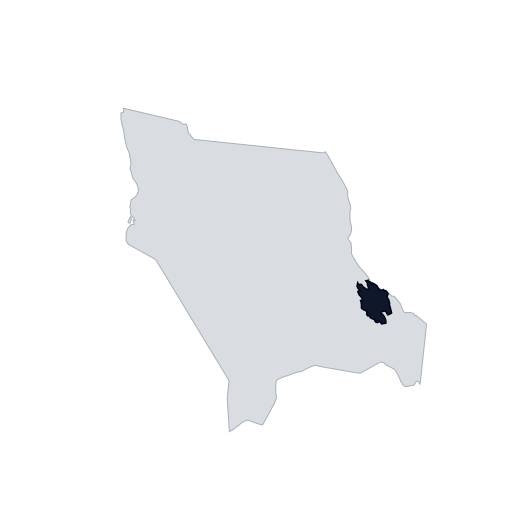 Loima, Rift Valley, Kenya (highlighted), rotated 149°
{"feature_id": "3690345B72596484741491", "entity_name": "Loima", "entity_type": "district", "adm_level": 2, "iso_a3": "KEN", "parent_name": "Kenya", "parent_adm1": "Rift Valley", "projection": "equal_earth", "projection_center": [35.181, 3.01], "detail": "fine", "context": "in_parent", "style": "filled", "palette": "ink", "viewbox_px": 512, "rotation_deg": 149, "n_neighbors": 0, "source": "geoboundaries", "source_scale": "gbopen_adm2", "svg_char_len": 7820}
<svg xmlns="http://www.w3.org/2000/svg" viewBox="0 0 512 512"><g transform="rotate(149 256 256)"><path d="M142.8,309.6L142.7,303.1L143.4,286.5L143.3,271.9L143.9,264.6L146.6,260.0L147.8,256.6L148.7,251.9L150.1,248.1L153.3,245.0L153.9,243.3L157.2,238.1L159.2,231.4L160.8,229.1L162.7,227.0L164.0,225.9L166.2,224.8L167.9,224.2L168.2,223.6L168.4,222.6L167.8,218.4L168.5,217.1L169.7,214.3L171.1,211.7L172.3,210.1L173.0,208.4L173.3,205.5L173.3,203.4L173.3,200.0L172.9,192.4L171.5,185.9L170.6,178.8L171.3,176.4L170.2,172.2L169.6,172.0L168.7,171.0L167.5,167.1L166.6,163.4L166.1,162.5L162.3,159.4L160.4,151.9L158.3,150.2L157.1,142.8L156.9,140.7L158.1,133.3L158.0,131.6L156.7,130.1L153.2,128.5L150.3,125.4L150.6,124.3L150.9,123.2L149.3,122.5L144.9,109.8L150.6,102.2L156.4,94.5L163.8,84.8L170.5,75.9L176.4,68.1L181.6,61.3L181.4,62.6L181.5,64.3L182.1,65.4L183.2,66.1L184.7,65.3L186.0,64.3L187.3,64.0L195.1,66.9L196.4,69.4L196.3,72.1L196.7,74.1L196.1,76.0L195.4,81.9L195.6,87.4L197.9,91.4L200.1,94.6L201.7,99.0L203.0,100.4L204.7,101.1L210.0,101.3L218.0,101.5L225.7,101.8L226.4,101.9L228.0,102.5L235.1,108.5L241.6,114.0L247.0,118.8L252.4,123.4L257.5,127.9L261.5,131.7L265.5,132.8L271.9,133.4L276.4,133.5L280.5,135.1L286.6,136.6L291.1,137.3L293.9,138.2L301.5,139.1L302.8,138.6L306.1,134.4L309.9,127.7L311.4,123.9L316.2,120.2L324.8,115.1L330.8,111.5L337.5,107.8L340.6,111.0L344.8,116.1L346.7,118.6L348.2,119.7L350.5,120.4L353.3,120.4L354.8,120.3L357.9,119.7L365.1,119.1L369.3,119.1L365.8,125.8L361.7,133.9L354.0,148.8L348.1,156.6L343.7,162.5L343.3,163.6L343.3,170.2L343.4,186.3L343.5,218.5L343.6,250.8L343.7,283.0L343.8,299.2L343.8,304.6L347.7,311.4L351.5,318.0L356.5,326.7L359.2,331.4L359.6,333.0L359.5,336.1L355.3,342.7L351.9,345.7L347.4,347.1L346.0,346.9L344.2,345.9L343.5,347.5L343.0,349.9L342.0,349.4L341.2,348.7L341.7,353.1L342.1,355.2L341.4,358.1L339.2,360.7L339.0,362.8L334.2,368.4L327.4,369.1L323.8,371.9L322.2,374.1L321.0,379.1L321.4,386.8L319.5,392.7L319.2,395.6L315.6,399.5L314.1,403.0L312.9,406.5L311.9,408.1L310.7,416.1L309.1,421.0L308.6,422.6L308.2,424.0L306.9,426.9L306.1,428.8L305.5,430.1L301.4,442.6L298.1,448.2L295.6,447.5L293.9,449.7L293.7,450.7L292.8,450.2L290.7,448.1L286.3,443.9L282.0,439.7L277.6,435.4L273.3,431.2L268.9,427.0L264.6,422.8L260.2,418.5L255.9,414.3L253.3,411.8L252.2,410.4L251.3,407.5L250.9,406.7L249.7,405.8L248.4,405.6L248.0,405.1L248.0,403.7L248.5,401.6L250.1,397.8L250.3,395.5L249.9,392.9L249.4,388.7L249.0,387.8L246.1,385.6L240.1,381.1L234.0,376.5L228.0,372.0L221.9,367.4L215.9,362.9L209.8,358.3L203.8,353.8L197.7,349.2L191.7,344.7L185.6,340.1L179.6,335.5L173.5,331.0L167.5,326.4L161.4,321.9L155.3,317.3L149.3,312.8L147.0,311.1L145.0,309.6L142.8,309.6ZM344.2,353.9L343.1,354.2L343.7,352.0L346.8,349.2L348.1,349.8L348.3,350.5L348.2,351.1L347.7,351.6L344.2,353.9Z" fill="#d9dde1" stroke="#a8b0b8" stroke-width="1"/><path d="M182.6,180.7L183.2,180.0L183.3,179.7L183.5,179.6L183.6,179.4L183.9,179.4L184.1,178.9L184.3,178.7L184.5,178.4L184.9,178.2L185.1,178.0L185.1,177.9L185.0,177.7L184.9,177.2L185.0,177.1L185.1,176.5L185.1,176.4L185.3,176.3L185.3,176.2L185.3,175.9L185.2,175.8L185.0,175.7L184.9,175.6L184.9,175.4L185.0,175.1L184.9,175.0L184.8,174.9L184.9,174.7L184.9,174.4L185.1,174.3L185.1,174.2L185.0,173.5L184.9,173.4L184.8,173.2L184.8,172.9L184.8,172.7L184.6,172.6L184.7,172.2L184.9,172.1L185.1,172.0L185.5,172.2L185.6,172.3L185.8,172.4L186.1,172.4L186.2,172.5L186.3,172.8L186.4,173.2L186.4,173.3L186.5,173.3L186.7,173.2L187.2,172.8L187.3,172.7L187.3,172.4L187.2,172.1L187.3,171.5L187.3,171.3L187.3,171.2L187.4,170.7L187.6,170.3L187.6,170.1L187.5,169.7L187.6,169.3L187.4,168.7L187.2,168.0L187.1,167.2L187.0,166.1L187.0,165.2L187.0,164.7L187.2,163.2L187.5,163.2L188.1,163.4L188.5,163.7L188.9,164.0L189.1,164.1L189.3,164.1L189.3,163.9L189.3,163.5L189.4,163.3L189.5,163.2L189.5,162.9L189.6,162.7L189.8,162.2L190.0,161.4L190.3,161.1L190.5,160.6L190.6,160.2L190.6,159.9L190.7,159.7L190.8,159.5L190.9,159.3L191.4,159.0L191.6,158.7L191.7,158.2L191.8,158.0L192.1,157.7L192.2,157.4L192.3,157.3L192.3,156.9L192.5,156.5L191.8,155.7L191.6,155.3L191.6,155.2L191.6,154.6L191.5,154.3L191.4,154.2L191.0,153.9L190.7,153.6L190.5,153.3L190.1,152.5L189.6,151.3L189.6,151.1L189.7,150.8L189.9,150.7L190.2,150.4L190.3,150.3L190.3,150.1L190.4,149.7L190.5,149.5L190.8,149.5L191.1,149.1L191.2,148.8L190.9,148.8L190.8,148.7L190.8,148.4L191.0,148.1L191.0,147.9L191.1,147.6L191.0,147.1L190.0,146.4L189.9,146.3L189.8,146.0L189.7,145.5L189.8,144.5L189.8,144.3L189.7,144.0L189.6,143.7L189.4,143.6L189.3,143.4L189.2,143.2L189.0,142.8L188.9,142.7L188.5,142.3L188.0,141.4L187.8,141.2L187.7,141.1L187.6,140.9L187.5,140.7L187.4,140.3L187.4,139.4L187.5,138.5L187.5,137.9L187.4,137.6L187.1,137.3L186.8,137.3L186.8,137.2L186.8,136.9L186.7,136.8L186.6,136.6L186.4,136.5L186.1,136.6L185.9,136.5L185.6,136.5L185.6,136.4L185.4,136.4L185.3,136.5L185.2,136.6L185.1,136.3L184.7,136.4L184.2,136.5L184.2,136.3L184.0,136.2L183.9,135.8L183.7,135.4L183.5,134.3L183.4,133.9L183.2,133.6L183.2,133.1L183.1,132.8L182.9,132.8L182.7,132.8L182.1,132.8L181.9,132.7L181.7,132.6L181.3,132.3L181.1,132.1L180.2,132.0L180.0,131.8L179.1,131.6L178.9,131.9L178.8,132.3L178.7,132.7L178.5,132.9L178.4,133.2L178.2,133.4L178.1,133.6L177.9,133.9L177.8,134.2L177.7,134.7L177.6,135.3L177.5,135.8L177.5,136.0L177.4,136.4L177.4,136.6L177.3,136.9L177.3,137.5L177.3,138.2L177.3,139.2L177.3,139.5L177.4,140.3L177.6,140.7L177.6,141.1L177.7,141.3L178.0,141.8L178.2,142.0L178.3,142.2L178.4,142.3L178.7,142.4L178.6,142.6L178.4,142.7L178.3,142.8L178.1,142.9L177.9,142.9L177.7,143.1L177.4,143.3L177.3,143.5L177.0,143.5L176.8,143.6L175.3,142.9L175.2,142.9L175.0,142.7L174.7,142.7L174.3,142.5L173.9,142.4L173.2,142.1L173.2,141.9L173.4,140.6L173.5,139.1L173.4,137.7L173.2,137.5L169.3,137.2L169.2,137.3L169.1,137.5L168.9,137.7L168.9,138.0L168.7,138.5L168.7,138.9L168.7,139.0L168.4,139.3L168.4,139.5L168.5,139.7L168.5,139.9L168.5,140.0L168.2,140.2L168.1,140.6L168.0,140.9L167.8,141.3L167.9,141.6L167.7,141.9L167.7,142.2L167.5,142.4L167.5,142.5L167.6,143.0L167.6,143.4L167.5,143.5L167.3,143.5L167.2,143.7L167.3,143.9L167.3,144.0L167.0,144.0L166.9,144.4L166.8,144.8L166.9,145.1L166.9,145.3L166.9,145.5L166.8,145.8L166.7,145.9L166.6,146.0L166.4,146.0L166.1,146.5L165.9,146.6L165.7,146.8L165.5,147.4L165.5,147.6L165.5,147.8L165.5,148.0L165.4,148.4L165.3,148.6L165.2,148.7L165.2,149.0L164.8,149.7L164.8,149.8L164.8,150.1L164.9,150.4L164.8,150.6L164.9,151.1L165.0,151.3L164.9,151.5L165.0,151.7L164.9,152.0L165.0,152.2L165.0,152.3L164.9,152.6L165.0,153.1L164.9,153.5L164.5,153.5L164.3,153.8L164.1,153.9L164.0,154.1L163.8,154.3L163.6,154.6L163.6,154.8L163.3,155.2L163.2,155.2L162.9,155.2L162.7,155.1L162.3,155.5L162.2,155.6L162.1,155.9L162.1,156.2L162.3,156.4L162.3,156.5L162.3,157.3L162.6,159.4L163.7,160.1L164.1,161.7L164.3,161.7L164.6,161.8L165.0,161.8L165.5,161.3L165.8,161.7L166.4,162.0L166.5,162.1L166.9,163.2L167.1,163.1L167.3,163.4L167.6,164.2L167.8,165.4L167.8,166.1L167.8,166.4L167.6,168.1L168.0,168.7L168.2,169.8L169.1,171.1L169.4,171.7L169.8,172.5L170.2,173.0L170.5,172.9L170.5,172.3L170.9,172.1L171.0,172.3L171.2,173.8L171.5,175.0L172.0,175.0L172.2,175.7L172.5,176.6L172.7,176.8L172.6,177.0L172.4,177.3L172.6,177.3L173.0,177.7L174.7,178.2L174.7,177.9L174.5,177.3L174.5,177.2L174.5,176.7L174.5,176.4L174.5,176.2L174.4,175.7L174.5,175.3L174.7,175.0L175.1,174.3L175.3,173.8L175.4,173.6L175.5,173.2L175.6,172.8L175.6,172.6L175.6,172.3L175.7,171.8L175.6,171.5L175.8,171.3L175.8,171.1L176.0,170.9L176.2,170.7L176.3,170.4L176.6,170.2L177.0,170.0L177.2,169.8L177.4,169.9L177.6,170.0L178.4,170.6L178.7,171.2L179.0,171.9L179.2,172.6L179.3,172.9L179.4,173.1L180.0,174.0L180.1,175.8L180.2,176.4L180.2,176.8L180.3,177.2L180.5,177.6L180.8,177.7L181.0,177.9L181.4,178.0L181.5,178.0L182.0,178.3L182.3,178.5L182.6,179.5L182.6,180.7Z" fill="#0f172a" stroke="#020617" stroke-width="1.5"/></g></svg>